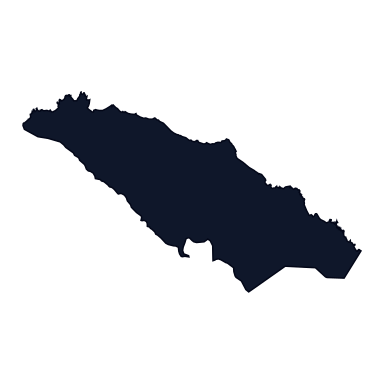 outline of Fomboni, Moûhîlî, Comoros
{"feature_id": "10938185B23268545061954", "entity_name": "Fomboni", "entity_type": "district", "adm_level": 2, "iso_a3": "COM", "parent_name": "Comoros", "parent_adm1": "Moûhîlî", "projection": "robinson", "projection_center": [43.719, -12.295], "detail": "fine", "context": "isolated", "style": "filled", "palette": "ink", "viewbox_px": 384, "rotation_deg": 0, "n_neighbors": 0, "source": "geoboundaries", "source_scale": "gbopen_adm2", "svg_char_len": 5946}
<svg xmlns="http://www.w3.org/2000/svg" viewBox="0 0 384 384"><path d="M361.0,250.9L359.6,250.2L359.6,249.8L359.2,249.6L358.6,249.6L358.5,250.4L357.8,250.4L357.5,251.2L356.4,250.9L354.7,248.3L353.8,246.4L353.9,245.7L354.7,245.3L355.0,244.8L354.8,244.4L353.5,245.0L353.0,244.8L352.4,243.2L350.4,242.1L350.3,240.5L350.0,240.8L350.0,241.5L349.6,242.1L349.0,242.2L346.9,240.8L346.7,239.5L345.9,238.2L345.8,237.2L344.4,236.8L343.9,235.8L343.6,234.2L343.7,232.9L343.0,232.7L343.9,231.7L344.1,230.5L343.5,231.3L343.4,230.6L342.6,231.1L342.3,230.6L341.4,230.8L341.4,230.2L340.7,230.5L340.3,230.1L340.5,229.2L339.8,229.4L340.2,228.5L339.3,228.8L339.7,228.2L339.7,227.7L339.2,227.9L339.2,227.4L338.8,227.5L338.5,228.2L337.9,227.9L337.9,227.5L337.4,228.1L336.7,227.6L337.1,226.0L336.4,225.8L336.1,225.4L336.8,222.4L337.5,222.4L337.2,221.8L336.8,221.7L336.7,221.2L336.5,221.8L336.2,221.8L336.2,222.5L335.5,222.8L335.2,223.7L334.5,224.0L334.0,223.4L334.0,222.4L333.5,222.7L333.4,222.4L332.8,222.4L332.5,222.7L332.0,222.4L331.7,222.7L331.3,222.7L330.6,221.4L330.8,220.6L331.2,220.3L331.2,219.7L330.6,219.6L330.6,220.2L330.2,220.5L330.0,220.4L330.1,219.8L329.9,219.7L329.4,220.5L329.4,221.4L328.9,221.9L326.4,222.9L324.1,221.3L320.6,219.6L319.2,218.1L316.9,214.1L316.4,213.7L315.5,213.8L314.9,214.6L314.7,215.4L313.3,216.8L312.7,216.8L312.2,215.5L311.2,214.7L309.8,215.4L309.1,215.3L306.7,210.8L304.1,204.6L304.4,203.2L304.0,201.2L304.6,199.3L304.2,198.7L303.0,198.5L302.5,197.1L301.3,196.3L301.5,194.9L300.5,194.9L300.6,193.9L299.8,193.9L299.8,192.8L299.2,192.2L299.6,191.9L299.9,191.0L299.0,189.8L298.1,190.0L296.7,188.4L295.6,188.6L295.2,188.2L293.8,189.4L293.6,189.4L292.3,188.1L291.7,188.0L291.2,187.2L290.1,187.7L289.9,187.0L290.4,186.4L290.2,186.1L285.8,186.9L284.8,187.5L283.8,188.6L282.4,188.5L281.8,188.0L280.7,188.1L280.5,187.8L280.5,187.3L280.1,187.0L279.6,187.2L279.5,187.9L279.2,187.9L279.1,187.3L278.7,188.0L278.4,187.9L277.2,187.2L276.7,187.2L276.6,186.5L276.2,187.0L275.8,186.9L275.0,188.1L273.7,188.0L272.7,188.5L271.2,187.8L270.8,186.3L271.1,185.2L270.3,184.8L270.1,184.4L268.1,185.5L266.9,185.2L266.2,184.1L265.8,184.2L264.9,182.4L264.8,181.7L265.7,180.4L265.4,179.2L261.6,174.5L258.8,173.5L258.6,174.0L256.9,172.4L255.4,171.5L254.2,170.5L249.1,167.5L243.0,162.4L237.1,158.4L235.9,156.0L235.9,154.3L235.3,153.0L235.4,152.2L236.0,151.6L235.7,151.4L235.8,150.7L235.5,150.6L235.3,149.3L234.8,149.1L233.9,146.9L233.0,145.7L232.3,145.2L231.5,143.6L230.1,142.5L228.7,139.8L226.4,139.0L226.0,139.7L224.7,140.7L222.0,141.0L221.5,142.1L221.0,142.5L217.9,142.3L215.7,142.9L214.5,143.9L212.3,143.8L210.9,144.3L209.3,144.3L208.8,143.6L207.5,143.5L206.9,142.7L206.4,142.7L206.2,143.3L205.4,143.7L203.7,144.0L198.6,142.3L197.7,140.6L197.1,140.8L196.9,140.5L196.6,140.5L195.9,141.2L195.3,141.2L194.8,141.8L194.2,141.8L191.7,141.0L191.0,140.1L189.2,140.4L185.8,137.7L182.1,136.6L180.6,135.6L179.1,135.5L178.6,134.9L176.7,134.5L173.7,133.0L170.9,130.9L163.4,123.2L159.5,121.4L158.5,120.1L157.0,119.9L155.1,118.1L154.4,118.0L153.3,118.8L152.0,119.2L148.8,119.1L145.8,118.0L143.7,118.3L140.1,117.0L136.6,115.0L136.0,114.4L136.0,113.6L135.6,113.7L135.7,114.2L134.4,114.4L130.9,114.1L127.9,113.4L125.5,111.9L125.4,112.2L124.9,111.8L124.4,112.5L123.7,112.1L123.4,112.3L123.0,111.8L122.8,112.3L122.6,112.3L122.4,111.8L121.3,112.2L119.6,111.1L117.5,108.6L115.8,107.6L113.1,104.9L112.7,105.1L112.1,106.3L112.0,105.5L111.6,105.2L110.4,106.2L106.2,108.8L102.6,110.5L99.2,110.5L96.6,110.0L95.7,109.6L93.8,110.3L93.5,112.0L92.6,112.2L88.5,109.3L87.3,107.9L88.5,105.8L89.2,103.6L89.7,99.8L88.7,100.3L88.2,99.9L86.8,100.0L86.5,99.5L86.4,98.7L86.9,96.5L86.3,96.9L85.6,96.3L85.5,95.4L84.9,95.6L84.8,94.3L84.1,92.8L83.7,92.9L82.7,94.4L81.2,93.8L81.1,92.1L80.7,92.3L80.6,93.7L79.9,94.6L79.7,96.1L77.9,98.5L76.8,100.8L73.7,100.8L72.9,99.4L70.8,97.0L70.8,95.7L69.6,96.2L69.6,94.9L69.4,94.8L68.7,94.9L68.7,95.5L68.2,95.7L67.6,95.4L67.1,95.4L66.8,95.8L66.3,95.4L65.7,95.6L65.1,96.5L65.0,97.6L64.0,99.5L62.6,100.4L61.6,100.8L60.8,100.1L60.3,100.6L60.1,100.5L60.1,99.7L59.6,99.5L59.4,99.8L59.4,101.0L59.2,101.0L59.3,103.9L58.9,104.0L57.7,103.1L57.7,102.7L57.3,102.3L57.2,102.5L57.1,102.9L58.4,104.5L58.1,106.6L58.8,107.6L55.4,110.6L52.9,111.8L52.8,112.1L51.9,112.0L51.2,111.5L50.2,110.1L49.3,111.2L46.9,110.4L43.8,110.8L42.2,110.1L42.0,109.7L41.3,109.8L41.0,110.5L40.1,110.4L39.9,111.2L38.8,111.3L37.1,109.6L37.2,109.1L36.6,108.9L36.6,108.4L36.2,108.7L36.6,110.2L35.0,111.6L33.8,109.3L33.3,109.5L33.3,110.7L33.1,111.2L32.2,111.2L32.2,111.9L32.6,112.8L31.6,113.1L30.9,114.3L30.3,114.4L30.7,117.3L29.3,119.0L28.4,119.2L28.4,119.7L27.2,120.5L26.5,121.5L25.4,122.1L24.8,122.9L23.6,123.1L23.2,123.7L23.0,125.6L24.4,129.3L37.9,136.7L47.9,138.3L60.2,141.9L63.7,144.8L65.8,147.4L73.4,152.9L74.6,155.3L78.2,157.4L79.1,158.5L79.6,160.2L84.5,164.5L85.4,166.3L86.4,169.1L88.3,170.9L90.5,171.4L93.2,173.1L94.9,176.1L95.4,178.6L100.4,179.6L101.4,180.9L104.0,181.7L108.0,185.0L109.0,186.3L109.9,187.0L111.4,187.2L112.7,188.0L114.3,189.4L117.9,193.7L118.6,194.0L120.0,193.5L121.2,193.5L122.5,194.0L124.5,195.2L126.4,197.8L127.4,200.9L130.6,204.7L131.4,207.3L136.5,212.5L141.2,215.9L141.7,217.5L141.0,220.4L142.1,220.7L143.5,220.4L145.2,220.7L146.5,221.7L147.1,223.0L147.4,225.2L147.2,226.1L148.1,226.7L149.4,226.8L150.5,228.4L151.9,229.2L154.8,231.9L155.8,234.2L157.5,235.0L161.0,238.0L165.8,243.2L168.3,244.5L173.4,245.8L175.8,246.0L178.4,247.3L178.8,251.2L179.6,253.9L181.2,256.4L182.4,256.7L184.9,256.3L188.9,256.9L188.6,255.7L183.8,253.9L182.6,250.5L183.2,247.0L184.9,242.6L186.0,238.8L187.7,237.9L189.4,237.8L192.1,240.5L193.8,241.8L196.6,242.5L204.1,241.8L207.8,239.1L210.2,240.7L212.7,245.7L213.0,260.7L214.8,260.1L215.9,259.3L218.4,258.9L220.8,259.7L226.0,262.7L227.3,263.0L233.6,267.7L233.9,271.8L235.1,275.9L236.1,277.4L241.4,281.0L245.9,289.6L248.7,291.9L285.2,266.2L315.4,267.7L325.5,276.9L327.0,277.5L344.1,278.1L361.0,250.9Z" fill="#0f172a" stroke="#020617" stroke-width="1.5"/></svg>